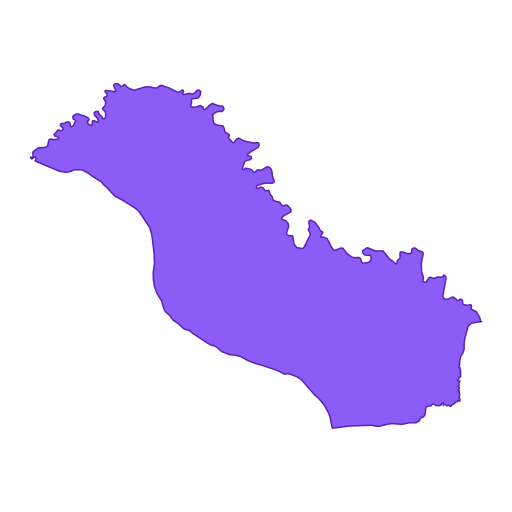 Nong Na Kham, Khon Kaen, Thailand
{"feature_id": "78962969B54012072717809", "entity_name": "Nong Na Kham", "entity_type": "district", "adm_level": 2, "iso_a3": "THA", "parent_name": "Thailand", "parent_adm1": "Khon Kaen", "projection": "orthographic", "projection_center": [102.317, 16.814], "detail": "fine", "context": "isolated", "style": "filled", "palette": "violet", "viewbox_px": 512, "rotation_deg": 0, "n_neighbors": 0, "source": "geoboundaries", "source_scale": "gbopen_adm2", "svg_char_len": 6000}
<svg xmlns="http://www.w3.org/2000/svg" viewBox="0 0 512 512"><path d="M423.2,253.6L422.9,252.5L422.0,251.6L417.8,250.5L416.0,248.5L414.8,248.0L413.1,248.2L411.9,249.2L411.6,250.0L411.7,252.6L410.6,253.5L407.1,253.6L402.5,251.9L400.6,252.0L400.0,252.9L400.1,258.3L397.3,260.6L397.1,263.3L396.0,264.0L388.9,258.3L383.1,251.0L375.0,250.9L368.0,247.9L366.8,247.9L362.7,250.7L362.7,252.1L363.7,253.9L364.8,255.0L370.6,255.5L371.1,256.5L371.0,259.9L370.0,261.4L368.7,262.3L364.2,263.2L362.7,263.1L361.4,261.9L360.8,259.2L360.1,258.2L358.1,257.3L355.2,257.9L352.0,257.1L347.1,253.6L342.8,248.2L340.9,248.0L335.1,250.3L333.9,250.3L331.6,247.3L327.2,238.7L324.4,237.4L320.8,237.0L321.0,235.3L322.8,232.9L322.6,232.0L320.3,230.7L319.1,228.0L314.9,222.2L310.6,220.1L309.7,220.5L308.8,221.6L309.6,227.1L308.2,229.8L310.1,232.8L310.4,234.5L304.4,246.7L303.5,248.0L302.4,248.5L296.6,247.6L294.0,244.0L292.8,236.2L291.7,235.7L288.6,235.6L286.5,234.0L286.5,232.8L288.7,226.6L288.2,223.6L286.0,220.9L282.1,219.3L281.7,218.6L282.2,217.2L284.3,215.4L288.8,213.1L290.9,211.6L291.1,209.8L289.9,207.9L287.4,205.4L286.0,205.0L283.7,205.6L282.1,205.5L281.4,205.0L279.7,202.1L276.3,201.5L273.0,200.1L272.2,196.8L269.8,193.9L269.4,191.4L268.6,190.4L265.3,190.9L263.2,188.1L261.6,187.2L259.9,187.2L257.9,188.9L256.4,187.4L256.5,186.4L257.6,185.4L262.0,183.9L265.9,183.1L272.4,183.2L273.9,182.4L274.1,180.4L272.8,177.6L271.8,171.2L270.9,168.9L269.2,167.1L266.8,166.9L261.4,170.2L258.8,169.8L256.9,170.2L254.5,172.6L253.4,172.0L251.5,169.7L247.3,168.4L245.5,168.2L243.6,169.7L242.5,169.3L242.5,167.9L244.6,161.7L246.2,160.6L250.0,159.7L251.5,158.5L251.0,156.6L250.2,156.1L247.8,155.7L247.5,155.0L247.7,154.2L251.7,151.2L258.2,147.3L259.1,145.2L258.8,143.2L257.8,142.7L253.4,143.0L245.2,141.3L242.9,140.5L238.8,138.2L236.6,139.0L234.1,142.6L232.9,142.6L232.1,142.0L228.5,137.8L228.5,136.9L229.4,135.7L229.1,134.5L224.8,131.8L224.2,128.2L223.0,126.1L221.9,125.6L218.4,125.4L215.8,124.5L214.3,123.5L213.3,121.9L212.7,114.4L217.1,111.7L219.2,111.4L221.5,111.6L223.0,110.8L224.0,108.9L223.3,107.1L222.4,106.1L218.9,105.9L212.3,103.4L208.9,105.7L206.5,108.4L204.4,109.8L203.5,109.3L202.8,106.9L200.6,105.7L199.8,105.7L196.6,106.9L194.0,107.2L192.3,107.1L191.1,106.6L190.7,105.6L191.7,102.3L191.4,100.2L191.8,98.9L198.1,98.0L200.0,95.6L200.8,91.5L199.0,90.1L197.3,90.2L194.9,92.7L192.5,94.2L189.6,93.3L184.0,94.5L182.6,93.8L182.6,93.1L183.6,91.4L182.9,90.1L182.3,90.1L179.2,92.1L177.3,92.1L169.3,88.0L165.4,86.9L162.6,85.5L160.3,85.5L157.6,87.5L155.9,88.0L154.2,87.9L149.9,86.9L145.1,86.9L133.9,90.3L128.1,87.8L124.6,84.6L123.8,84.7L122.5,86.1L121.2,86.5L118.1,83.8L114.9,83.9L114.0,84.5L113.7,85.8L115.5,89.5L115.5,91.2L113.8,91.6L106.0,90.3L105.2,90.7L105.3,92.4L106.9,93.7L107.3,95.0L106.7,96.4L104.5,97.2L103.7,98.0L103.8,98.9L105.5,101.6L105.6,104.4L104.9,105.9L102.6,108.2L102.8,109.1L105.1,111.8L105.7,113.7L105.6,116.9L104.5,118.7L103.1,118.8L101.5,116.0L99.4,114.7L98.2,111.6L97.4,111.3L95.3,111.7L94.2,112.8L94.3,114.5L94.9,115.7L97.6,118.5L98.5,121.5L97.2,122.2L94.3,120.7L92.8,120.8L92.3,121.7L92.3,124.4L91.0,125.7L88.2,123.9L87.6,122.9L87.5,120.9L88.4,120.8L89.0,119.7L88.6,118.3L85.5,116.4L82.5,115.3L81.6,115.5L78.6,114.0L75.6,114.2L73.4,115.8L72.8,116.8L73.2,119.0L74.9,119.7L75.6,121.0L73.3,125.7L71.8,126.7L71.1,126.7L70.6,126.0L69.9,122.9L68.3,121.8L66.1,122.2L64.1,123.5L62.3,123.3L60.7,124.1L60.3,125.5L63.0,128.0L62.9,129.5L62.1,130.3L60.5,130.8L58.6,129.9L57.9,130.1L54.0,134.7L54.6,136.0L56.8,136.4L58.3,137.3L58.7,137.9L58.4,138.8L53.9,139.7L51.6,139.0L49.6,139.4L48.9,140.1L47.6,145.8L47.0,146.5L45.5,147.2L42.4,147.8L40.0,147.5L37.7,148.3L33.2,151.6L32.8,152.7L33.1,156.3L32.2,157.3L30.7,157.2L30.8,158.1L31.9,158.9L34.4,157.0L35.0,157.1L36.1,158.1L35.3,161.1L59.6,171.3L65.0,172.2L67.0,172.2L70.9,171.4L74.0,169.8L81.2,169.8L83.5,170.6L87.8,172.9L93.5,177.0L101.6,182.1L103.4,184.5L106.8,187.4L114.7,196.1L121.3,199.5L129.6,204.5L134.8,207.9L138.9,211.3L149.9,227.8L151.9,235.3L154.2,254.1L154.5,263.4L153.2,272.8L153.4,280.1L154.8,287.8L157.2,293.6L161.7,301.2L163.0,306.1L164.8,310.8L166.5,312.7L169.6,315.4L173.1,320.2L178.2,323.5L182.9,328.0L184.6,329.1L189.4,330.5L193.1,333.6L207.2,342.9L211.1,345.1L215.0,346.1L216.8,347.2L221.6,351.6L229.7,354.7L234.7,355.1L240.3,356.4L247.4,360.3L255.4,363.5L259.7,364.5L273.8,369.2L278.3,370.9L284.4,374.1L287.9,373.7L290.7,374.4L296.8,376.7L301.3,379.6L314.5,394.8L318.1,397.8L323.8,404.4L328.1,412.0L329.8,416.1L332.3,428.2L348.7,426.1L371.8,425.2L375.8,426.2L379.3,426.3L387.8,424.1L392.4,423.6L402.2,424.3L409.0,422.8L416.1,422.8L416.6,422.2L418.9,421.3L420.1,418.9L421.4,417.6L423.6,416.9L425.2,414.1L425.8,408.0L426.2,406.9L428.5,406.0L431.2,405.8L432.1,404.2L432.8,404.0L434.0,404.2L435.9,405.5L439.1,405.7L441.5,404.8L441.3,403.8L442.7,402.8L443.0,402.8L443.4,405.1L444.6,404.4L445.5,404.5L446.9,405.8L448.8,405.3L450.4,406.4L451.1,406.0L452.7,404.1L453.5,404.3L453.8,403.7L454.6,403.6L455.0,402.5L456.2,401.8L457.4,401.8L457.8,400.7L458.7,400.6L459.3,401.1L459.9,400.8L459.8,398.5L459.1,397.8L459.7,394.4L459.1,392.4L459.3,390.9L458.3,391.0L457.8,390.1L457.9,389.6L459.4,388.8L459.1,387.1L457.9,386.3L459.1,385.4L458.7,383.6L460.0,381.2L457.6,380.3L458.8,378.8L458.9,377.4L460.3,376.8L460.8,376.2L460.3,374.8L460.6,373.7L460.2,373.3L460.6,372.6L460.1,372.0L460.2,371.2L460.7,371.0L459.9,369.0L460.2,368.0L458.9,367.5L459.4,366.3L459.8,360.3L460.7,356.2L462.8,353.2L464.1,349.3L464.2,342.4L465.0,337.5L468.1,326.5L470.1,324.2L472.3,323.0L481.3,321.6L480.7,321.1L479.5,317.1L476.2,311.5L471.4,309.4L471.3,305.6L470.7,304.6L467.7,305.3L463.6,304.7L462.8,304.0L462.6,301.0L461.7,299.4L460.5,299.1L458.7,300.5L457.6,300.5L453.3,297.0L451.9,297.3L447.9,299.3L445.2,299.1L443.3,297.8L442.8,296.4L446.0,278.4L445.7,276.8L444.5,275.3L443.6,275.2L442.9,276.5L441.9,277.1L437.2,277.1L433.9,278.4L430.0,277.2L428.5,278.3L426.1,282.3L424.7,282.2L422.8,281.3L423.5,277.6L421.6,271.6L421.3,263.1L423.2,253.6Z" fill="#8b5cf6" stroke="#5b21b6" stroke-width="1.5"/></svg>